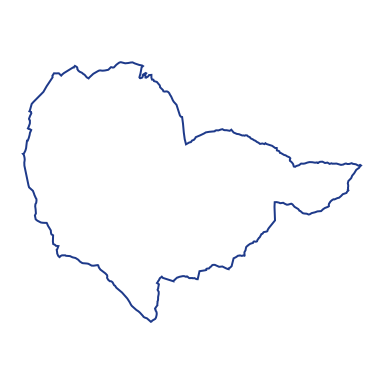 Campani, Bihor, Romania (Albers equal-area conic projection)
{"feature_id": "2599482B94404645511212", "entity_name": "Campani", "entity_type": "district", "adm_level": 2, "iso_a3": "ROU", "parent_name": "Romania", "parent_adm1": "Bihor", "projection": "albers", "projection_center": [22.559, 46.517], "detail": "fine", "context": "isolated", "style": "outline", "palette": "blue", "viewbox_px": 384, "rotation_deg": 0, "n_neighbors": 0, "source": "geoboundaries", "source_scale": "gbopen_adm2", "svg_char_len": 5903}
<svg xmlns="http://www.w3.org/2000/svg" viewBox="0 0 384 384"><path d="M150.9,321.8L151.5,321.5L152.3,320.6L155.2,318.9L156.0,317.5L156.5,315.5L156.7,314.2L156.7,313.0L156.3,311.5L155.6,310.6L155.6,309.9L155.0,308.8L155.2,308.2L155.6,307.9L156.2,306.8L157.4,305.3L157.3,304.2L157.5,302.7L157.5,301.4L157.9,300.7L158.1,298.9L158.1,297.1L158.7,294.0L158.7,291.8L157.6,289.9L157.6,289.6L158.2,288.5L158.2,287.8L158.9,284.3L157.0,283.0L157.7,282.1L158.4,280.8L158.8,280.4L159.8,278.3L160.7,277.5L161.2,277.3L161.8,276.7L162.9,277.9L173.5,281.3L173.5,280.8L174.7,279.9L175.5,279.0L177.3,277.5L178.4,277.3L179.1,276.9L182.9,276.1L184.0,276.1L186.1,276.8L186.8,276.4L187.3,276.5L188.9,277.9L189.5,278.1L190.1,278.2L190.8,278.0L191.5,278.1L192.2,278.0L192.9,278.3L194.4,278.1L196.4,279.1L197.7,279.2L199.5,271.2L205.1,270.3L206.2,270.0L206.2,269.2L206.5,268.9L207.1,268.6L208.9,268.5L210.3,267.0L211.1,266.5L212.2,265.2L213.0,264.9L214.9,264.9L219.1,266.8L222.4,266.5L226.0,268.3L227.7,269.0L228.7,269.2L228.8,268.3L229.9,267.8L231.6,266.2L233.6,258.3L235.7,257.3L238.1,255.7L239.1,255.7L239.9,255.4L241.9,255.9L243.3,255.4L244.3,255.8L244.6,255.6L244.4,252.9L244.5,252.1L245.5,250.3L246.0,247.8L246.3,246.9L247.6,245.7L248.0,245.5L248.5,244.9L249.1,244.6L250.2,243.8L253.0,242.9L253.5,241.7L254.2,241.4L255.4,241.7L256.0,241.7L257.0,241.3L257.6,239.7L258.6,238.5L258.8,238.0L259.6,237.4L260.2,236.5L260.4,236.0L261.5,234.0L262.4,233.8L263.2,232.8L263.3,232.5L263.8,232.1L266.8,231.5L267.4,231.0L267.8,229.6L268.2,229.0L268.6,228.5L268.7,228.2L275.0,220.4L274.5,206.9L274.7,202.2L276.6,202.1L278.9,202.6L280.2,203.2L283.2,202.8L285.0,203.9L286.9,204.7L288.1,204.6L291.2,203.7L292.4,204.3L294.5,206.8L298.3,209.1L299.5,210.8L300.3,211.0L302.1,212.6L302.9,213.2L304.2,213.5L306.7,213.7L308.6,214.5L309.7,214.3L311.7,213.1L315.0,212.3L317.4,211.4L321.1,211.1L323.1,209.2L324.9,208.0L327.8,206.9L328.9,206.2L328.8,204.6L329.1,203.5L330.0,202.4L330.2,201.8L331.8,200.3L333.4,199.3L334.5,199.4L337.4,198.1L339.1,197.7L341.0,196.1L342.8,194.2L346.3,193.0L346.7,192.6L346.9,192.0L347.5,191.2L348.0,190.9L348.4,190.3L347.8,189.7L348.1,188.5L348.0,187.6L348.2,186.6L348.2,185.0L347.8,183.3L348.4,181.0L351.2,178.1L352.2,175.6L354.1,173.4L356.3,169.8L359.1,167.8L360.0,166.4L361.0,165.5L360.1,164.9L359.1,165.5L358.3,165.6L355.9,164.3L352.8,163.8L351.7,163.2L349.1,164.0L347.3,164.0L346.0,163.5L344.4,163.9L343.4,164.5L341.0,164.9L336.6,163.6L332.4,163.7L331.5,163.3L329.6,163.9L327.5,162.6L325.0,163.0L322.5,161.7L320.1,161.8L319.2,162.1L318.2,163.0L317.5,163.0L317.0,162.4L315.1,162.7L312.2,162.2L309.4,162.1L307.3,162.6L305.1,163.4L303.5,163.7L301.1,163.6L299.0,165.2L296.3,166.0L295.1,166.8L293.8,166.5L293.1,164.1L292.2,162.8L290.9,161.5L290.0,160.9L289.8,160.0L290.3,158.3L289.4,157.3L286.9,156.2L285.6,155.3L284.2,155.0L280.8,153.0L280.0,152.9L279.3,151.3L278.8,151.0L276.9,150.4L276.7,148.0L275.2,148.0L272.1,145.8L266.5,144.0L265.4,143.2L264.5,144.1L262.4,143.5L260.0,143.9L258.5,142.7L256.8,141.9L255.5,140.8L254.0,140.2L252.9,139.4L250.6,138.3L249.8,137.1L248.2,136.5L247.0,135.4L245.4,135.3L244.7,135.7L243.5,135.4L242.8,135.5L242.0,135.4L239.0,134.2L236.8,133.9L233.6,132.5L231.3,129.7L229.8,130.8L226.5,130.2L224.7,130.2L223.6,129.9L222.5,129.2L221.0,129.5L218.4,130.4L216.3,130.3L215.3,130.6L214.7,131.3L209.3,131.8L205.8,132.4L204.0,133.5L200.0,135.4L195.7,137.2L195.2,138.3L193.8,139.9L192.1,140.5L190.9,142.1L189.2,142.5L186.0,144.3L184.7,139.1L183.8,132.5L183.0,123.7L182.1,117.0L181.1,116.8L180.4,116.1L179.9,115.4L176.5,104.8L173.7,101.7L172.8,100.2L171.2,96.6L169.8,94.4L169.4,93.4L168.4,92.2L167.5,91.6L166.3,91.4L164.7,91.6L163.4,91.3L162.9,90.0L160.1,87.3L160.1,86.7L159.7,85.3L156.8,81.9L154.0,81.1L153.4,79.7L152.0,79.6L151.4,77.6L151.4,74.9L149.0,75.1L148.2,76.4L146.1,77.7L145.5,77.5L145.7,76.5L145.3,75.7L144.8,75.4L145.0,74.9L146.2,73.3L145.7,73.0L143.5,74.3L142.7,75.1L142.8,76.3L142.3,77.5L140.5,78.2L139.9,78.1L139.4,77.3L140.5,73.4L141.6,67.4L143.0,66.1L142.1,65.5L139.1,64.9L134.7,63.4L132.6,62.4L130.8,62.5L128.3,63.0L125.2,63.3L120.9,62.2L120.1,62.3L118.9,62.8L116.3,64.8L114.0,67.3L112.9,67.6L111.5,67.2L110.9,67.2L108.6,69.5L108.2,69.8L104.8,70.5L102.4,70.7L100.1,70.4L99.0,70.6L97.6,71.3L93.3,73.8L89.0,77.8L88.6,78.4L86.7,77.3L85.0,75.2L84.1,74.4L83.4,74.1L82.7,73.4L81.8,72.7L79.6,71.7L78.2,70.5L77.3,69.0L77.4,68.8L77.4,68.1L76.8,67.0L74.9,65.9L74.1,66.9L73.8,67.5L73.3,67.3L63.9,73.1L62.3,74.4L61.2,75.6L58.8,73.3L56.0,73.4L54.0,73.3L52.4,75.8L52.6,77.3L46.6,86.3L43.4,91.9L33.5,101.9L31.7,103.9L30.0,110.0L29.4,111.3L31.0,111.9L31.3,113.4L30.1,115.8L29.0,118.8L29.2,119.6L29.9,120.3L29.9,123.2L29.7,124.0L28.4,127.5L27.9,128.4L28.6,128.9L30.1,129.3L31.2,130.0L30.8,131.0L30.0,132.7L29.6,135.0L28.8,137.9L28.2,139.5L27.7,140.7L27.0,140.7L26.5,144.6L26.1,148.1L25.4,150.6L23.8,153.7L23.0,153.9L23.9,155.0L24.5,157.6L24.7,159.3L24.6,160.7L24.3,162.5L24.4,165.7L28.5,185.4L29.1,187.4L32.9,190.8L34.0,193.6L34.5,195.2L35.2,196.6L35.5,197.5L36.4,199.0L36.5,200.5L36.2,202.8L35.4,204.2L35.2,206.4L35.6,209.2L35.9,213.4L34.9,215.5L35.7,219.3L37.4,220.7L40.9,222.5L43.0,222.8L46.7,222.9L47.4,224.3L47.9,225.6L50.8,230.4L51.0,233.0L51.5,234.4L53.1,235.3L52.9,241.5L53.2,244.0L54.9,244.8L55.9,245.8L58.4,246.1L57.1,249.5L56.7,249.8L57.1,252.1L57.2,253.5L58.2,255.8L59.0,256.7L59.6,257.1L60.4,256.1L62.1,255.3L65.2,255.3L66.0,255.8L70.0,256.1L72.5,257.3L75.5,258.0L78.2,259.7L80.0,261.6L82.0,262.9L82.9,263.2L86.8,263.5L88.4,263.8L91.6,265.6L93.6,265.7L97.5,265.1L98.2,265.3L98.6,266.7L99.1,267.8L100.4,269.6L105.4,273.4L107.1,275.2L107.3,276.5L107.1,277.4L107.1,277.9L108.2,279.8L109.8,281.2L110.7,281.2L111.4,281.4L112.2,282.0L112.6,282.4L114.1,285.2L115.1,285.8L116.3,287.7L122.0,292.5L127.3,298.5L129.6,302.1L130.9,304.6L131.8,305.9L136.4,310.0L138.4,311.3L139.9,312.6L142.9,315.9L143.5,316.8L144.6,317.5L146.9,318.3L150.9,321.8Z" fill="none" stroke="#1e3a8a" stroke-width="2"/></svg>